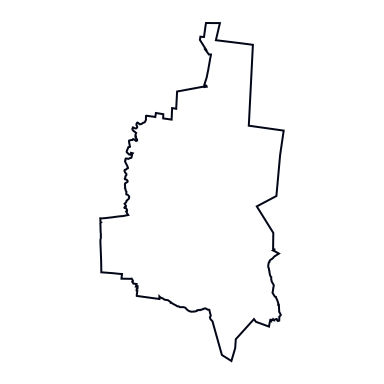 Tepezalá, Aguascalientes, Mexico
{"feature_id": "50627088B35314322738338", "entity_name": "Tepezalá", "entity_type": "district", "adm_level": 2, "iso_a3": "MEX", "parent_name": "Mexico", "parent_adm1": "Aguascalientes", "projection": "natural_earth1", "projection_center": [-102.215, 22.244], "detail": "fine", "context": "isolated", "style": "outline", "palette": "ink", "viewbox_px": 384, "rotation_deg": 0, "n_neighbors": 0, "source": "geoboundaries", "source_scale": "gbopen_adm2", "svg_char_len": 5621}
<svg xmlns="http://www.w3.org/2000/svg" viewBox="0 0 384 384"><path d="M121.5,278.7L123.1,278.7L128.9,278.8L131.5,278.8L131.7,278.7L132.2,279.6L132.7,280.2L133.0,280.9L132.2,281.8L132.4,282.1L132.8,282.5L133.3,283.2L133.4,283.6L136.6,284.0L136.5,284.5L136.3,285.2L136.0,286.2L136.3,286.1L136.9,286.0L137.3,286.0L137.6,286.1L137.5,288.3L136.8,288.3L136.6,290.5L137.3,290.7L137.1,292.6L137.0,293.3L136.8,294.2L136.8,295.9L137.3,296.0L138.1,296.1L159.4,299.0L159.4,296.4L160.4,297.4L161.0,297.8L163.0,298.5L164.2,299.5L165.3,299.8L168.0,300.2L168.9,300.9L170.8,302.2L170.8,302.6L171.0,302.5L173.6,304.2L176.0,305.4L177.3,306.3L178.3,306.3L178.6,306.3L179.7,307.1L180.8,307.2L181.8,307.1L183.0,307.1L184.5,307.4L185.4,307.8L186.8,309.4L187.4,310.0L187.9,310.3L189.2,311.1L191.2,311.7L193.3,311.6L194.2,311.5L194.7,311.6L194.9,311.5L195.1,311.4L195.4,311.3L195.6,311.3L196.0,311.2L196.5,311.0L196.7,310.9L196.8,310.7L197.0,310.8L197.1,310.7L197.3,310.5L197.4,310.3L197.5,310.2L198.0,310.1L198.4,310.1L198.6,310.0L198.9,310.0L199.1,309.9L199.3,310.0L199.8,310.1L200.0,310.2L200.7,309.9L200.8,309.8L201.0,309.7L201.4,309.7L201.6,309.7L201.8,309.6L202.0,309.5L202.1,309.4L202.3,309.4L202.6,309.3L202.8,309.2L203.3,309.1L203.4,308.8L203.6,308.8L203.8,308.8L204.0,308.7L204.3,308.5L204.8,308.5L205.0,308.5L205.3,308.4L205.5,308.4L205.8,308.5L206.2,308.7L206.6,309.0L207.0,309.2L207.2,309.3L207.3,309.5L207.6,309.6L207.9,309.7L208.4,309.7L209.3,309.8L209.6,311.0L209.8,312.0L210.8,315.6L209.9,317.3L210.5,319.2L212.5,321.3L212.7,322.0L213.6,325.4L221.9,355.0L231.4,361.0L235.2,348.1L235.8,339.2L254.0,319.1L255.9,321.8L269.0,326.6L269.6,323.1L270.2,320.4L271.1,321.0L271.1,319.8L273.3,320.2L272.9,319.6L273.1,319.2L273.8,320.0L274.1,320.2L275.4,319.3L276.7,319.0L277.2,320.1L277.3,320.5L277.8,321.0L279.2,320.6L279.3,317.8L279.3,316.7L279.6,316.5L280.4,315.5L280.6,315.2L280.8,314.9L279.4,312.1L279.2,311.9L279.2,311.7L278.9,305.1L278.4,305.1L278.4,305.3L278.2,305.8L278.2,304.0L278.5,304.0L277.2,300.1L276.1,297.8L276.0,297.1L275.5,297.1L274.2,295.7L272.5,292.7L272.9,291.0L273.2,288.7L273.7,285.9L273.7,285.0L271.7,281.5L271.6,281.3L271.6,281.0L271.6,280.6L271.3,279.6L271.2,278.6L271.2,277.9L271.3,277.2L270.9,276.8L270.5,276.2L269.9,274.8L269.7,273.3L269.4,272.1L269.4,271.0L269.4,270.7L269.0,270.1L269.0,268.7L268.3,267.3L268.2,266.6L268.3,266.2L268.3,264.9L268.7,263.0L268.9,262.3L269.4,262.1L269.6,261.0L270.5,259.8L272.5,258.6L274.3,256.5L278.9,253.6L274.5,251.1L273.1,250.5L273.3,250.4L273.5,250.3L273.6,250.2L273.9,250.0L274.1,249.9L274.2,249.7L274.4,249.6L274.4,249.4L274.0,249.4L273.6,249.4L273.1,249.2L273.3,232.9L256.8,206.4L276.4,196.0L280.1,155.1L283.7,130.6L248.8,125.7L252.9,44.8L243.6,43.6L238.9,43.0L215.9,40.2L219.9,23.1L206.0,23.0L205.4,26.8L204.0,37.0L200.4,36.7L199.9,39.9L206.1,49.7L205.3,49.7L208.7,54.2L208.9,54.5L210.1,54.4L211.0,54.5L210.8,55.8L210.4,57.5L208.2,70.0L206.6,77.8L204.3,84.8L206.3,85.7L206.7,86.7L204.1,87.1L203.7,86.6L177.1,91.5L176.2,108.8L174.2,108.4L172.1,108.1L171.8,115.6L171.6,119.6L163.2,118.4L163.3,114.2L161.5,113.9L159.7,113.6L155.9,113.0L155.3,117.0L153.7,116.7L149.6,116.2L146.5,115.7L146.0,116.0L145.9,118.4L146.0,119.6L144.9,122.1L144.6,122.3L142.6,123.1L141.5,124.0L139.8,124.3L139.4,124.1L138.2,122.9L137.9,122.8L137.3,122.6L137.0,122.9L136.5,123.8L136.4,124.8L136.9,125.9L137.2,126.7L137.2,127.3L136.5,128.2L136.0,128.4L135.7,128.4L134.9,128.3L134.2,128.0L133.0,127.4L132.4,128.5L132.5,129.5L132.6,129.8L133.6,131.0L134.1,131.4L135.1,132.0L136.2,133.0L135.8,133.8L135.5,134.7L135.4,136.5L136.0,136.5L135.9,138.1L137.0,139.3L137.1,140.5L136.1,141.0L133.7,139.2L133.1,139.1L132.4,140.0L130.8,140.1L129.1,140.6L129.0,140.9L129.2,142.9L130.0,146.6L129.7,147.0L128.4,147.1L126.7,151.3L126.7,152.1L129.1,154.5L130.5,154.7L131.0,152.8L132.8,153.3L132.0,154.5L131.9,155.6L131.5,157.3L131.4,157.6L131.2,157.8L130.9,158.0L129.9,158.1L128.4,158.9L128.2,158.9L127.0,158.5L126.0,158.5L125.7,158.6L125.4,159.2L125.5,160.2L125.4,160.4L125.0,161.0L125.0,161.4L125.1,161.8L125.5,162.3L125.9,163.3L126.8,165.0L127.9,167.4L128.0,168.1L127.7,168.4L127.0,168.5L126.1,169.5L124.9,169.8L124.5,170.4L124.6,170.7L124.6,171.3L124.8,171.9L125.4,172.8L126.1,173.5L126.4,174.0L126.4,174.4L126.4,175.0L126.2,175.4L125.7,175.7L125.6,176.0L125.5,176.3L125.3,176.8L125.3,177.1L125.3,177.5L125.0,178.2L124.9,178.3L124.8,178.5L124.8,178.9L124.8,179.0L125.0,179.3L125.8,179.5L126.4,179.6L126.8,179.8L126.9,180.0L127.0,180.2L127.3,180.6L127.5,180.8L127.7,181.1L127.5,181.8L127.4,181.9L126.6,182.5L125.9,182.9L125.2,183.3L125.1,183.5L124.9,184.1L125.0,184.4L125.0,185.1L124.9,185.4L124.9,185.5L125.0,185.8L125.2,186.6L125.2,187.0L125.0,187.6L124.9,188.0L125.4,188.8L125.5,189.0L125.5,189.5L125.7,190.4L125.8,190.8L126.4,191.6L126.4,191.8L126.3,193.3L126.3,194.3L126.5,194.4L126.9,194.6L127.6,194.8L128.0,195.1L129.1,196.3L129.2,196.6L129.1,197.0L129.1,198.0L128.9,198.6L128.3,199.2L126.5,200.8L126.5,201.3L126.3,202.0L125.7,202.7L124.6,203.7L125.2,204.7L126.0,206.0L125.9,206.4L125.6,206.8L124.8,207.0L124.4,207.5L124.6,208.0L125.4,208.0L126.1,208.4L126.2,208.5L126.9,209.6L127.0,210.2L126.9,211.3L126.2,211.5L127.1,213.4L128.2,215.0L122.8,216.1L120.9,216.2L117.3,216.6L113.8,217.1L110.6,217.5L105.4,218.1L101.6,218.4L100.3,218.3L100.4,221.3L100.7,222.0L100.9,222.3L101.1,222.4L100.3,223.2L100.5,225.8L100.5,227.3L100.6,231.3L100.9,235.1L100.8,235.4L100.9,237.9L100.5,239.3L100.4,240.8L100.4,241.4L100.4,242.8L100.6,246.8L101.1,259.6L101.3,270.1L101.3,272.3L109.3,272.9L113.2,273.2L117.0,273.6L118.7,273.8L120.2,273.9L122.0,274.0L121.7,276.6L121.5,278.7Z" fill="none" stroke="#020617" stroke-width="2"/></svg>